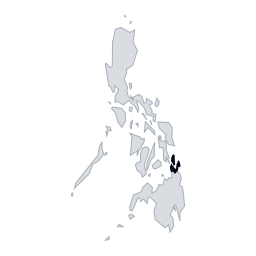 Surigao del Norte highlighted on a map of Philippines
{"feature_id": "PHL-2593", "entity_name": "Surigao del Norte", "entity_type": "Province", "adm_level": 1, "iso_a3": "PHL", "parent_name": "Philippines", "parent_adm1": "", "projection": "equal_earth", "projection_center": [125.751, 9.888], "detail": "fine", "context": "in_parent", "style": "filled", "palette": "ink", "viewbox_px": 256, "rotation_deg": 0, "n_neighbors": 0, "source": "natural_earth", "source_scale": "10m", "svg_char_len": 6136}
<svg xmlns="http://www.w3.org/2000/svg" viewBox="0 0 256 256"><path d="M121.2,27.5L129.7,32.4L134.6,29.9L133.2,42.2L137.4,50.6L132.8,65.3L126.6,69.2L126.7,73.3L124.1,78.7L127.6,87.9L126.8,90.3L128.4,96.8L133.5,100.5L133.4,97.1L138.4,94.5L142.0,96.5L143.9,103.4L146.2,102.0L146.5,98.5L152.2,102.0L152.1,103.8L149.1,105.0L152.2,110.9L151.8,113.4L156.0,114.6L155.0,122.0L152.9,120.0L153.7,116.5L146.3,114.5L144.6,108.2L138.0,100.9L136.5,101.2L138.8,108.9L138.0,112.1L135.4,107.0L128.5,100.4L123.4,105.0L117.5,101.3L115.2,102.5L115.0,96.5L118.8,89.3L114.7,85.6L114.7,91.9L112.9,92.3L110.8,87.0L108.8,86.1L105.4,64.2L106.1,63.1L109.9,67.4L112.3,66.4L112.5,42.6L115.4,29.2L121.2,27.5ZM171.5,166.3L180.0,173.9L181.3,179.0L179.4,184.7L182.0,186.4L183.1,190.9L184.6,206.0L180.0,212.3L180.0,220.9L175.7,204.7L174.1,205.8L170.4,214.9L172.9,218.5L173.8,226.2L170.0,232.2L168.7,224.7L165.1,227.8L155.1,219.4L154.0,210.1L156.6,203.7L150.3,197.0L148.2,197.2L147.0,203.5L143.5,198.9L140.6,201.6L140.0,198.5L137.9,197.9L132.3,210.8L130.2,210.5L129.7,206.8L133.5,195.0L141.4,191.6L143.0,187.2L147.6,183.0L152.4,187.2L151.8,193.3L156.5,190.5L159.0,184.6L162.8,185.2L164.4,178.7L167.6,180.3L168.4,177.8L171.8,178.0L171.5,166.3ZM146.2,173.9L142.4,177.3L140.9,173.2L137.3,170.6L135.4,165.2L136.3,163.1L140.8,161.1L140.4,154.5L142.4,148.4L145.6,146.7L148.5,147.9L149.2,150.1L144.4,164.6L146.2,173.9ZM168.8,122.6L172.3,127.9L171.8,137.3L174.6,145.9L168.7,144.4L166.4,141.3L165.0,137.8L166.0,134.6L159.5,128.5L157.8,121.9L168.8,122.6ZM129.9,133.2L140.7,137.3L141.3,139.7L144.4,138.2L144.0,142.1L139.8,149.4L130.3,155.4L132.1,136.5L129.9,133.2ZM88.8,174.2L74.4,188.3L76.0,182.8L98.2,154.9L99.2,147.1L102.2,141.7L101.8,147.4L103.7,154.5L97.8,161.5L93.0,163.8L88.8,174.2ZM112.4,107.0L121.7,108.4L125.4,113.1L125.6,120.8L122.0,127.4L118.3,122.8L115.2,112.5L111.6,108.7L112.4,107.0ZM161.0,141.2L165.2,140.8L166.3,143.3L166.2,150.0L169.1,157.6L167.7,159.5L165.8,156.6L166.3,161.9L163.4,159.8L163.5,150.1L162.0,147.3L159.5,147.9L158.2,138.2L161.0,141.2ZM146.8,171.1L147.0,163.0L154.7,142.3L154.3,156.1L150.7,160.4L146.8,171.1ZM161.2,165.8L155.7,168.8L153.5,168.4L152.1,165.3L158.2,159.9L161.0,162.0L161.2,165.8ZM145.4,121.7L154.8,131.4L154.8,134.8L148.2,127.5L144.4,132.1L145.4,121.7ZM158.5,105.2L156.4,106.8L154.8,104.7L157.0,98.2L159.2,101.5L158.5,105.2ZM134.4,216.3L130.1,219.2L128.6,215.3L131.3,214.1L134.4,216.3ZM106.2,126.2L110.2,127.4L111.2,130.7L107.6,130.8L106.2,126.2ZM130.0,106.7L132.4,107.9L131.1,111.9L129.0,110.0L130.0,106.7ZM119.2,224.3L123.6,226.8L117.3,226.6L119.2,224.3ZM174.1,163.8L171.8,160.6L173.8,155.5L173.6,158.6L174.1,163.8ZM132.6,120.6L131.1,129.2L130.0,125.7L131.0,121.5L132.6,120.6ZM108.9,236.5L109.2,239.1L104.8,240.6L108.9,236.5ZM131.6,83.7L131.4,87.5L130.3,89.2L129.3,83.2L131.6,83.7ZM139.0,150.7L137.1,155.7L137.1,152.8L139.0,150.7ZM107.9,132.2L106.8,135.8L105.9,131.6L107.9,132.2ZM161.4,138.9L160.0,139.0L158.5,136.1L160.3,135.8L161.4,138.9ZM138.0,123.1L138.0,126.4L135.9,123.7L138.0,123.1ZM179.8,165.6L177.6,165.0L178.6,161.5L179.8,165.6ZM143.2,113.4L146.9,119.9L142.2,113.5L143.2,113.4ZM107.4,153.4L104.9,155.3L105.6,152.3L107.4,153.4ZM150.2,173.9L149.7,176.6L148.3,175.2L150.2,173.9ZM150.9,121.3L151.7,125.1L149.9,120.3L150.9,121.3ZM72.7,196.0L71.4,195.8L71.7,193.3L72.7,193.0L72.7,196.0ZM163.7,176.0L162.0,176.2L161.9,174.7L162.9,174.4L163.7,176.0ZM175.2,210.6L174.0,208.8L174.4,207.0L175.2,207.9L175.2,210.6ZM110.2,102.3L110.9,104.4L108.9,101.9L110.2,102.3ZM168.7,160.6L169.4,163.5L167.5,160.0L168.7,160.6ZM131.5,22.2L129.6,24.0L130.9,21.4L131.5,22.2ZM133.1,98.7L130.6,97.0L130.6,95.9L133.1,98.7ZM124.6,15.4L126.2,17.3L124.4,16.0L124.6,15.4Z" fill="#d9dde1" stroke="#a8b0b8" stroke-width="1"/><path d="M171.4,171.2L171.2,170.1L171.1,169.9L171.1,169.6L170.7,167.5L170.7,167.2L170.7,166.9L170.8,166.7L171.3,165.4L171.4,165.2L171.5,165.5L171.9,165.9L172.3,166.1L172.7,166.3L172.9,166.3L172.8,166.7L172.9,167.2L173.1,167.6L173.2,168.0L173.3,168.3L173.5,168.6L173.9,168.8L174.1,168.7L174.1,168.8L174.3,169.0L174.5,169.2L174.8,169.2L175.1,169.5L175.3,169.6L176.0,169.8L176.6,170.4L176.8,170.4L177.0,170.5L174.5,173.3L174.7,172.8L174.7,172.6L174.6,172.4L174.6,172.2L174.2,171.6L173.9,171.3L173.3,171.1L172.8,170.9L172.4,170.9L172.1,171.0L171.4,171.2ZM174.4,163.8L174.5,164.1L174.4,164.3L174.2,164.4L173.8,164.2L173.7,164.0L173.8,163.7L173.7,163.4L173.3,163.2L173.2,163.0L173.3,163.0L173.2,162.9L173.2,162.7L172.9,162.6L172.8,162.3L172.9,161.9L173.0,161.6L173.1,161.8L173.2,161.7L173.2,161.4L173.0,161.2L172.9,161.0L172.7,161.2L172.4,161.4L172.3,161.5L172.1,161.5L172.0,161.3L172.0,161.1L172.0,160.9L171.8,160.8L171.8,160.7L171.8,160.3L171.8,160.2L172.0,160.1L172.1,159.8L172.1,159.4L172.0,159.2L172.3,159.2L172.3,159.3L172.3,159.0L172.2,158.8L172.2,158.6L172.4,158.4L172.2,158.3L172.2,158.2L172.1,157.7L172.1,157.4L172.4,157.3L172.5,157.3L172.6,157.2L172.6,156.9L172.6,156.7L172.7,156.4L172.8,156.5L173.0,156.7L173.2,156.4L173.2,155.8L173.3,155.4L173.5,155.2L173.9,155.6L174.0,156.1L174.0,156.7L173.8,157.8L173.8,158.2L173.7,158.3L173.5,158.5L173.7,158.8L173.8,159.1L173.7,159.3L173.8,159.4L173.7,159.5L173.8,159.8L174.0,159.7L173.9,160.2L173.9,160.4L174.0,160.6L174.2,161.0L174.3,161.2L174.3,161.3L174.2,161.5L174.2,161.8L174.1,162.0L174.1,162.9L174.0,163.1L174.1,163.4L174.3,163.6L174.4,163.8ZM179.7,165.1L179.8,165.3L179.8,165.6L179.8,165.8L179.6,165.9L179.4,166.2L179.1,166.3L178.8,166.2L178.4,166.0L178.2,166.0L178.3,166.3L178.1,166.1L178.0,165.9L177.7,165.4L177.7,165.2L177.4,165.0L177.3,164.8L177.5,164.8L177.8,164.7L177.6,164.4L177.5,164.2L178.3,162.5L178.3,162.3L178.3,162.2L178.3,161.9L178.3,161.7L178.6,161.5L179.2,163.1L179.3,164.0L179.3,164.3L179.1,164.5L179.3,164.7L179.4,164.8L179.5,164.9L179.7,165.1ZM177.6,167.4L177.7,167.6L177.7,167.9L177.5,168.5L177.5,168.9L177.5,169.2L177.4,169.3L177.2,169.3L177.2,169.1L177.0,168.9L176.8,168.9L177.0,168.8L177.0,168.7L176.8,168.5L176.7,168.5L176.7,168.3L176.8,168.0L176.9,167.9L177.0,167.8L177.0,167.6L177.0,167.3L177.0,167.2L176.9,166.9L176.9,166.6L177.0,166.2L177.3,166.3L177.4,166.6L177.4,166.9L177.4,167.3L177.6,167.4Z" fill="#0f172a" stroke="#020617" stroke-width="1.5"/></svg>